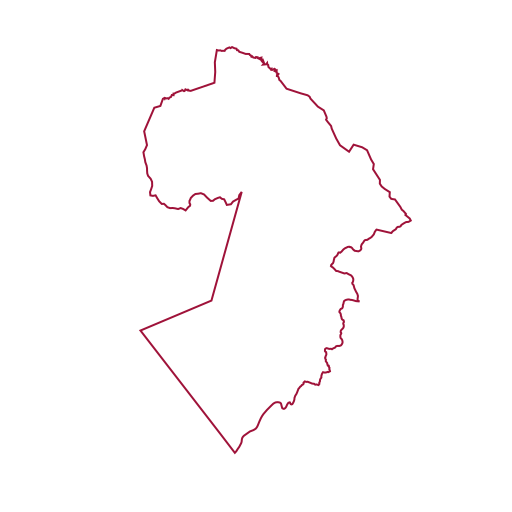 Anglimp/South Waghi District, Western Highlands, Papua New Guinea (Robinson projection), rotated 15°
{"feature_id": "67681753B93729898494529", "entity_name": "Anglimp/South Waghi District", "entity_type": "district", "adm_level": 2, "iso_a3": "PNG", "parent_name": "Papua New Guinea", "parent_adm1": "Western Highlands", "projection": "robinson", "projection_center": [144.62, -6.074], "detail": "fine", "context": "isolated", "style": "outline", "palette": "rose", "viewbox_px": 512, "rotation_deg": 15, "n_neighbors": 0, "source": "geoboundaries", "source_scale": "gbopen_adm2", "svg_char_len": 6079}
<svg xmlns="http://www.w3.org/2000/svg" viewBox="0 0 512 512"><g transform="rotate(15 256 256)"><path d="M228.5,73.7L228.0,71.7L227.2,72.7L226.1,72.5L226.6,70.9L225.4,70.4L223.8,71.9L222.7,72.2L222.5,71.0L221.5,71.5L219.1,70.2L218.3,68.3L217.4,68.1L216.8,66.7L216.2,68.2L213.3,69.3L214.0,67.8L212.5,65.7L212.0,66.8L210.9,66.0L210.6,65.7L210.9,64.6L209.9,64.8L209.8,63.0L208.2,63.9L208.1,64.7L206.5,64.4L206.2,63.6L204.5,63.8L204.3,64.8L202.0,65.0L200.6,64.1L200.0,64.7L199.1,63.6L198.0,63.4L197.2,62.6L193.7,63.5L190.0,63.2L187.0,63.1L185.7,61.9L184.4,62.1L183.5,60.8L181.5,60.9L178.8,60.4L177.6,61.8L176.4,61.4L175.4,62.1L173.8,63.4L172.8,65.0L172.6,66.0L171.1,66.3L169.7,66.8L168.3,66.6L166.7,67.2L164.9,67.2L166.1,79.5L169.0,88.8L171.0,99.4L150.2,113.4L148.6,113.6L147.4,113.0L147.2,113.7L144.7,113.3L144.3,115.1L143.8,115.4L141.9,114.8L141.9,115.0L136.5,118.8L135.1,120.3L134.3,120.5L134.7,122.0L133.0,122.3L132.7,124.4L131.4,125.4L130.9,126.8L129.7,126.5L128.6,127.0L127.2,126.9L127.1,127.7L126.5,127.2L125.4,128.3L124.8,135.8L119.4,139.1L115.7,164.5L122.0,177.1L121.4,181.4L120.4,184.9L122.1,188.6L123.6,191.3L124.8,194.0L126.9,197.0L128.0,199.4L128.7,201.8L129.6,204.4L131.0,206.5L134.3,208.7L136.4,211.2L137.6,215.2L137.4,218.8L137.1,221.7L138.3,224.8L140.9,224.6L143.3,223.4L145.7,225.8L148.3,228.2L151.5,230.1L153.5,229.4L155.2,230.2L157.8,231.8L160.6,232.0L163.1,231.2L165.4,230.9L168.6,230.8L170.8,229.2L173.3,229.4L176.2,230.2L177.9,226.4L179.3,224.5L179.1,223.1L178.0,222.0L177.5,220.0L177.8,218.6L178.0,216.8L179.6,213.9L181.4,211.8L184.0,210.8L186.5,209.6L189.9,210.0L193.5,212.2L198.0,214.5L200.2,213.8L201.5,211.9L204.1,209.8L206.0,208.6L208.1,209.6L210.6,209.5L212.8,212.0L214.6,214.2L218.4,212.5L219.7,209.4L222.4,206.7L224.3,205.0L224.1,201.5L225.6,197.8L224.5,310.6L163.7,357.9L267.3,436.8L286.5,451.6L287.5,449.7L288.3,447.1L289.2,444.7L289.8,442.0L290.1,440.9L290.2,439.2L290.0,438.1L289.8,436.6L289.8,435.4L290.1,434.2L290.8,432.8L295.6,427.0L298.5,424.9L299.7,423.7L300.6,422.6L301.3,420.7L301.6,419.1L302.1,415.0L302.7,411.4L303.3,409.0L304.1,406.7L306.4,401.9L309.5,396.5L310.9,394.2L312.0,393.0L313.1,392.2L314.7,391.6L316.2,391.4L317.4,391.5L318.3,392.0L319.1,393.4L320.0,395.0L320.8,396.2L322.1,396.5L322.9,396.2L323.7,395.2L324.2,393.8L324.5,391.7L324.9,390.3L325.3,389.4L326.5,388.6L326.8,388.8L327.2,389.4L327.9,390.1L328.6,390.2L329.4,389.7L329.9,388.1L330.2,386.2L330.2,384.6L329.9,383.1L330.0,382.0L330.1,380.7L330.7,379.0L331.0,377.2L331.4,373.2L331.9,372.4L332.5,370.8L333.2,370.0L333.7,368.8L334.5,368.1L335.0,367.2L335.0,366.7L334.7,366.0L335.6,364.5L336.7,364.6L337.5,364.5L338.4,364.1L340.1,364.3L341.1,364.4L343.1,364.7L345.3,364.4L346.2,364.9L346.7,364.9L347.7,364.4L349.8,364.5L349.9,363.9L350.3,363.2L350.1,362.5L349.9,362.1L350.2,360.6L349.9,359.2L350.1,357.6L350.5,356.9L350.6,356.4L350.2,355.1L350.2,353.3L350.3,352.5L350.8,350.9L352.8,350.8L354.5,350.0L355.0,349.5L355.4,349.4L356.1,349.4L356.6,348.8L357.3,348.2L356.9,347.4L356.0,346.2L356.0,345.6L356.0,345.1L355.1,344.2L354.9,343.5L354.7,343.2L354.0,343.4L353.6,343.2L353.3,342.3L352.8,341.9L352.4,340.9L351.8,340.5L350.6,339.5L350.3,337.9L349.6,337.4L349.1,336.5L349.3,335.7L349.1,335.0L349.3,334.4L349.4,333.5L349.4,332.5L348.9,331.5L348.7,330.8L348.4,330.6L347.6,330.4L347.2,330.0L347.0,329.2L346.8,328.1L347.3,327.3L348.1,326.7L350.8,326.8L352.5,326.2L353.5,326.4L354.6,325.1L355.9,324.2L356.8,322.4L357.7,321.9L358.5,321.6L359.6,321.4L360.6,320.8L361.3,320.2L361.8,318.9L362.0,317.8L361.9,316.7L361.2,315.2L360.4,314.2L359.5,313.7L358.9,313.2L358.6,312.7L358.2,311.5L358.0,310.5L358.2,309.7L358.4,308.7L358.1,308.1L357.5,307.7L357.3,306.8L357.3,306.0L357.7,305.1L358.6,303.6L359.0,302.5L359.0,301.3L358.6,299.9L357.8,298.9L357.7,298.1L358.0,297.2L357.9,296.6L357.6,296.3L357.5,295.8L357.2,295.4L356.1,295.2L355.4,294.8L354.9,294.2L354.2,292.7L353.4,291.6L353.0,290.4L352.5,289.6L351.1,288.6L350.9,287.9L351.0,286.9L351.5,285.3L352.8,284.2L353.0,283.2L353.0,282.4L352.6,280.8L352.7,280.4L352.8,279.3L352.7,278.3L352.7,276.9L353.2,276.1L354.3,275.1L355.8,274.3L357.0,273.9L358.5,273.9L359.5,273.7L361.0,273.6L364.3,273.7L367.8,273.1L366.3,272.9L365.7,272.5L365.4,271.8L365.1,270.4L365.0,269.3L364.8,268.2L363.7,266.4L361.9,264.6L359.4,261.7L357.8,258.9L356.3,257.9L355.9,257.0L356.3,255.9L356.3,254.8L356.1,253.6L355.8,252.8L355.1,251.9L354.2,251.0L352.8,250.1L350.0,249.6L348.0,249.0L345.9,250.0L340.2,249.6L339.1,249.4L337.3,249.7L334.7,248.0L333.9,247.6L333.3,247.2L331.6,246.7L331.3,246.4L331.0,246.3L331.0,245.1L331.3,244.9L331.4,244.2L332.2,243.1L332.4,241.4L332.2,239.4L332.3,238.6L332.1,237.9L332.4,237.0L333.8,235.1L334.5,233.4L334.5,232.5L334.8,231.3L335.2,231.0L335.3,231.0L336.4,231.1L337.5,229.6L338.6,227.3L338.9,226.8L340.4,225.0L341.0,224.7L342.1,223.6L343.6,222.9L344.3,222.9L344.4,223.1L344.7,223.1L344.8,222.9L345.6,222.9L346.5,223.3L347.1,223.7L347.6,224.2L348.8,224.9L349.1,224.9L349.3,225.1L349.9,225.4L353.7,225.0L354.8,224.1L355.4,223.3L355.8,222.3L355.8,221.5L355.6,221.0L355.0,219.9L355.0,218.0L355.2,217.1L356.1,215.2L356.4,214.0L356.9,212.8L357.2,212.5L358.2,211.9L358.7,211.9L359.3,211.6L360.2,210.6L360.2,210.4L360.7,209.9L361.4,209.3L362.7,207.8L364.2,204.6L364.5,202.0L365.2,200.0L365.6,199.3L380.7,198.8L381.0,198.4L381.3,197.4L382.0,196.3L384.1,194.0L384.6,192.2L385.3,191.3L385.8,191.0L386.5,190.9L387.5,190.3L388.0,189.8L388.2,188.8L388.6,188.1L390.1,186.4L391.8,184.7L392.6,184.2L394.2,183.7L394.4,183.6L395.2,182.9L396.1,181.9L396.3,181.7L394.8,180.0L389.7,177.7L390.0,176.6L386.8,174.4L384.8,173.5L382.7,171.2L375.6,165.4L373.1,165.7L371.8,165.8L369.6,164.1L368.7,159.7L363.2,158.0L359.4,156.3L356.9,154.1L356.0,150.4L346.6,141.9L346.0,136.7L342.2,133.0L335.9,125.1L330.4,123.5L321.5,123.2L318.9,131.2L308.5,127.3L303.1,121.8L296.2,113.4L294.9,111.0L290.7,108.0L288.4,106.2L288.7,104.6L288.0,103.2L283.8,97.8L277.1,95.7L267.9,89.9L266.6,88.3L264.3,87.4L257.1,87.3L242.2,86.5L234.4,80.5L233.0,79.9L231.7,77.7L230.4,76.5L229.6,76.7L229.4,75.8L230.1,75.4L230.6,74.4L228.5,73.7Z" fill="none" stroke="#9f1239" stroke-width="2"/></g></svg>